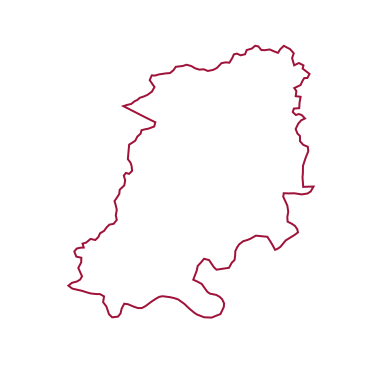 Porto Barreiro, Paraná, Brazil, rotated 346°
{"feature_id": "56859067B98723098122563", "entity_name": "Porto Barreiro", "entity_type": "district", "adm_level": 2, "iso_a3": "BRA", "parent_name": "Brazil", "parent_adm1": "Paraná", "projection": "mercator", "projection_center": [-52.383, -25.592], "detail": "fine", "context": "isolated", "style": "outline", "palette": "rose", "viewbox_px": 384, "rotation_deg": 346, "n_neighbors": 0, "source": "geoboundaries", "source_scale": "gbopen_adm2", "svg_char_len": 2826}
<svg xmlns="http://www.w3.org/2000/svg" viewBox="0 0 384 384"><g transform="rotate(346 192 192)"><path d="M315.3,176.1L311.4,173.2L309.1,169.0L310.3,163.7L308.5,160.9L307.8,156.0L311.7,151.3L315.4,148.8L319.4,148.0L317.1,143.9L314.5,142.2L311.4,142.4L309.1,138.8L311.0,135.7L316.3,136.6L317.9,131.5L320.4,125.9L315.8,124.1L317.7,119.3L316.4,115.9L323.2,114.5L326.1,110.9L328.5,108.6L331.5,109.3L334.6,105.9L329.2,99.0L330.8,96.1L326.9,92.7L321.8,93.8L321.5,86.3L324.3,82.0L321.7,77.1L316.5,72.4L312.2,74.8L309.1,77.8L305.5,75.3L301.9,72.5L296.9,72.0L293.6,71.0L291.6,66.8L288.6,65.4L284.8,67.3L279.4,67.5L276.8,71.2L272.2,71.1L269.1,68.6L265.9,68.6L263.5,71.7L259.6,75.6L256.2,74.4L251.8,74.1L246.1,77.7L242.2,78.6L236.7,78.4L233.1,75.8L228.7,75.0L224.9,72.7L221.8,69.6L217.5,67.2L213.5,67.5L206.6,66.6L203.4,69.4L199.4,71.3L195.5,70.6L188.3,69.9L184.3,70.1L181.2,69.1L178.0,73.2L181.0,81.1L177.4,84.9L172.5,86.9L168.8,87.6L164.0,88.0L161.4,89.4L158.1,90.1L154.3,91.9L150.5,91.8L146.2,92.1L165.4,108.8L170.7,113.3L173.3,115.4L171.2,119.3L165.0,120.0L161.4,119.8L158.0,119.8L156.3,122.9L152.4,125.0L149.3,128.5L145.4,129.9L142.5,130.8L141.0,135.0L139.2,140.3L137.7,144.6L139.4,148.6L139.7,152.0L139.0,157.0L135.3,159.2L132.5,157.5L129.8,159.6L130.0,164.5L127.9,169.2L122.4,172.3L121.0,176.2L118.0,179.1L114.6,182.1L114.8,186.0L114.7,191.1L112.4,196.3L112.3,200.8L108.3,203.9L103.9,203.7L100.7,205.6L97.2,208.5L92.8,209.8L90.3,213.0L86.6,215.2L82.2,213.0L77.0,215.5L73.3,215.6L73.5,219.7L69.8,219.0L66.4,219.0L63.4,221.3L64.1,226.7L68.7,229.0L67.5,233.4L63.3,238.2L64.9,247.2L62.3,249.9L58.7,251.0L53.4,251.1L49.4,253.0L52.5,256.8L61.6,261.4L64.6,263.3L69.1,265.9L74.2,267.8L78.0,268.8L81.4,272.0L79.1,277.4L81.2,282.3L81.9,290.5L84.2,294.3L90.1,295.0L93.3,292.5L95.5,288.2L99.2,284.0L102.7,285.4L108.1,289.4L111.6,291.6L115.2,292.5L119.5,291.4L126.3,288.5L131.5,286.7L134.8,285.8L138.2,286.0L144.7,288.5L148.8,290.5L152.6,292.9L157.6,298.8L161.2,304.5L165.0,309.7L167.2,312.1L173.5,316.5L180.6,318.6L190.1,317.3L195.0,311.3L196.2,307.9L195.3,303.3L193.4,300.3L190.6,297.7L184.9,295.0L182.7,292.5L179.2,283.6L175.9,280.5L172.0,277.4L174.5,273.8L177.4,269.7L179.7,265.1L183.6,262.6L187.5,259.7L192.1,262.2L195.0,270.2L197.0,273.3L209.6,274.5L213.3,270.4L216.8,268.3L218.5,264.1L219.7,259.9L222.4,256.6L225.2,254.1L229.9,252.1L233.7,252.0L237.3,251.5L243.4,249.8L254.3,253.7L256.1,259.0L257.4,263.3L258.6,268.2L261.6,267.7L264.5,266.6L271.3,261.6L281.1,258.5L285.1,256.8L285.1,253.4L283.7,249.8L281.4,247.2L277.6,243.9L278.4,239.4L280.6,234.5L281.2,228.3L279.4,218.6L280.7,215.4L285.7,216.8L291.0,218.0L297.9,220.9L303.7,221.4L307.3,220.2L311.2,216.1L306.2,215.0L301.1,213.9L301.8,210.3L302.8,204.4L304.0,201.0L306.0,193.5L308.3,189.8L310.9,185.8L314.7,180.6L315.3,176.1Z" fill="none" stroke="#9f1239" stroke-width="2"/></g></svg>